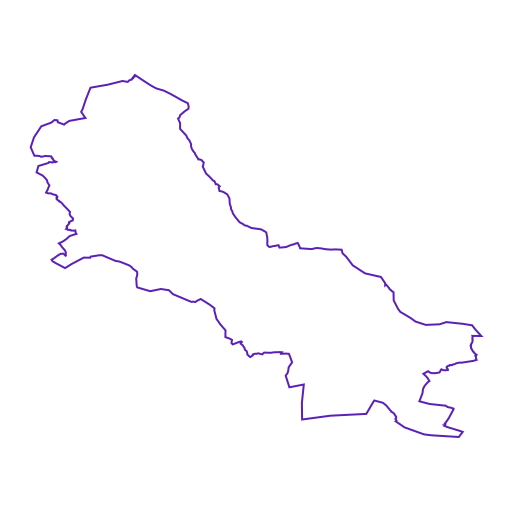 outline of Seljord nor, Telemark, Norway
{"feature_id": "86288312B68880560441515", "entity_name": "Seljord nor", "entity_type": "district", "adm_level": 2, "iso_a3": "NOR", "parent_name": "Norway", "parent_adm1": "Telemark", "projection": "natural_earth1", "projection_center": [8.516, 59.573], "detail": "fine", "context": "isolated", "style": "outline", "palette": "violet", "viewbox_px": 512, "rotation_deg": 0, "n_neighbors": 0, "source": "geoboundaries", "source_scale": "gbopen_adm2", "svg_char_len": 5891}
<svg xmlns="http://www.w3.org/2000/svg" viewBox="0 0 512 512"><path d="M462.7,323.8L446.3,322.1L439.6,324.3L425.8,324.9L415.6,321.6L410.6,318.0L400.3,311.9L398.0,308.8L393.7,300.4L393.5,292.1L391.7,291.0L390.6,289.8L389.7,289.3L389.7,289.1L388.4,287.2L386.2,284.7L385.6,284.9L385.2,285.3L385.1,283.1L381.0,277.0L365.1,273.4L352.7,265.3L346.1,256.6L342.6,253.4L341.6,249.7L335.6,249.4L330.7,249.6L325.7,249.2L320.5,248.3L317.0,248.0L314.8,248.3L311.8,249.1L300.1,248.3L299.8,247.2L297.8,243.0L295.7,243.5L293.1,244.6L292.0,244.6L285.9,247.1L279.5,247.6L278.5,245.2L274.5,246.0L272.9,246.2L270.3,246.9L269.6,247.0L268.8,246.6L267.4,245.2L267.2,242.7L267.5,241.4L267.3,240.4L267.4,239.1L267.2,237.3L266.3,232.7L265.4,231.7L260.9,229.3L251.4,228.0L246.7,225.7L245.9,225.7L244.6,225.3L242.9,224.0L240.4,222.7L239.5,222.1L235.3,217.0L232.8,213.3L232.3,211.3L231.1,209.3L230.9,207.0L230.5,206.1L229.9,204.1L229.6,202.1L229.6,199.8L229.3,198.1L227.3,194.4L224.3,192.5L222.1,191.5L219.5,191.0L218.7,187.5L218.7,187.2L219.7,186.3L217.4,184.3L215.7,184.2L215.2,182.6L214.3,181.0L213.2,180.7L209.4,176.6L206.1,173.6L202.7,166.5L203.2,165.3L203.7,162.3L202.5,161.3L201.5,160.0L199.2,159.3L198.5,159.5L195.2,154.2L195.0,153.3L193.2,151.1L191.7,148.6L191.0,145.9L191.1,144.2L189.4,140.4L187.6,138.5L186.3,135.6L180.1,128.9L180.1,123.0L179.1,121.0L178.1,118.5L179.5,117.4L180.1,115.2L184.7,111.3L188.4,108.8L188.7,106.4L187.8,103.2L182.0,100.4L170.3,93.8L163.8,90.6L156.5,88.5L153.0,86.7L149.1,84.4L134.9,75.0L134.2,75.8L134.4,76.2L134.8,76.4L134.5,76.8L133.1,77.2L132.6,78.0L132.8,78.3L132.5,78.4L132.5,78.7L131.6,79.1L131.6,79.6L129.4,80.3L127.7,81.9L122.5,81.0L107.7,84.7L90.5,87.7L85.8,99.5L82.6,109.2L81.2,111.9L85.4,118.0L69.3,120.9L65.0,123.7L64.1,124.6L57.8,122.2L57.5,120.3L54.5,120.0L51.3,122.6L41.3,126.3L34.0,137.3L30.7,147.3L34.0,154.9L34.5,155.8L36.9,155.7L39.7,156.1L41.2,156.8L41.8,156.6L43.0,156.5L45.5,155.9L46.5,156.1L48.4,156.1L51.3,156.4L51.5,156.6L51.5,157.0L51.7,157.3L51.7,157.8L52.0,158.2L52.6,158.4L52.6,158.9L53.3,159.4L53.4,160.1L53.6,160.5L54.6,161.0L55.0,161.6L55.8,161.6L56.3,161.8L55.9,162.1L53.0,162.2L52.1,162.5L51.6,162.3L49.0,162.1L48.3,163.0L38.4,166.0L36.6,172.4L42.6,175.5L45.3,178.2L47.0,180.3L47.5,182.5L49.4,185.4L48.1,188.3L47.7,189.8L47.3,190.2L46.1,192.6L48.4,193.4L50.7,193.3L53.3,194.5L55.4,194.9L56.3,195.3L56.6,196.0L57.1,196.3L57.3,196.7L57.0,197.0L57.3,197.1L57.3,197.3L57.0,197.4L56.9,197.8L56.7,198.1L56.8,198.4L56.6,198.6L56.6,199.1L58.1,200.4L59.3,200.9L59.3,201.5L61.3,202.5L64.1,205.8L66.7,208.4L70.0,211.9L69.6,213.8L70.2,215.7L73.0,218.5L72.8,218.8L72.9,220.1L72.7,220.5L71.2,220.9L71.0,221.2L70.0,221.7L69.3,221.8L68.9,222.7L69.2,223.3L68.8,223.6L68.7,224.2L67.7,225.2L67.5,225.7L67.0,225.9L67.0,226.2L66.7,226.6L66.6,226.8L67.0,227.3L66.7,227.8L66.9,228.2L66.3,228.9L67.1,229.0L67.4,229.6L69.0,229.9L69.6,229.8L70.5,230.0L70.6,230.4L73.8,230.7L75.3,230.4L75.8,233.1L76.4,233.9L70.0,235.9L69.0,236.6L66.7,238.8L63.6,241.0L62.6,241.6L58.9,243.4L60.5,244.8L62.1,247.2L64.9,250.3L65.9,252.5L65.7,253.8L65.8,255.4L66.1,256.3L63.5,253.7L60.6,253.8L57.6,255.6L53.4,258.7L51.6,259.7L52.5,261.2L55.5,263.0L65.1,268.1L71.8,263.9L83.8,257.6L90.2,257.7L90.7,256.6L98.8,255.3L102.1,255.2L115.7,261.0L118.4,261.3L121.2,262.2L129.2,265.4L131.5,267.0L132.9,268.7L136.8,271.5L137.1,271.9L137.3,274.3L136.9,276.3L136.2,278.5L136.7,285.7L137.0,286.9L137.3,287.4L150.2,291.2L160.9,289.0L168.9,290.2L173.0,294.2L191.4,301.9L193.3,301.6L195.1,302.1L197.6,300.5L200.7,299.0L209.6,304.6L214.5,308.3L214.3,310.4L216.5,318.9L220.5,324.6L225.5,330.3L225.4,337.1L229.4,338.5L232.0,339.9L231.5,343.1L232.8,344.4L238.9,342.0L241.1,341.4L241.8,342.0L241.1,342.5L240.6,343.6L242.8,345.4L244.7,348.4L244.8,349.6L246.6,351.1L247.2,352.8L247.4,354.6L250.2,357.1L252.8,355.4L252.8,354.9L253.1,354.6L253.0,354.4L255.0,353.7L256.2,353.9L256.7,353.7L258.4,353.3L260.8,354.1L262.5,354.3L262.9,353.6L264.2,352.6L270.6,352.8L274.0,352.3L279.9,352.1L282.0,352.3L281.7,352.8L280.8,353.4L280.8,353.8L285.5,353.6L288.9,353.8L290.1,356.8L292.1,362.4L288.7,367.2L288.2,370.8L287.7,372.8L285.7,375.7L289.4,387.3L303.8,384.5L301.9,402.8L302.1,419.5L330.4,415.7L366.3,413.9L373.5,401.6L374.3,400.5L382.9,402.8L386.2,405.4L390.4,410.5L390.9,410.9L391.3,411.8L392.1,412.1L393.6,413.1L394.4,414.1L394.6,414.6L395.1,415.3L395.2,415.7L396.0,416.4L396.3,417.5L396.1,418.0L395.4,418.9L395.6,419.3L396.2,419.9L396.5,420.5L396.5,421.1L396.3,421.4L396.0,421.5L404.6,427.4L424.1,434.4L431.5,435.3L458.8,437.0L462.7,431.9L460.2,431.0L447.4,427.1L444.7,426.0L444.8,425.9L444.8,425.6L444.2,425.2L445.2,425.0L445.2,424.4L445.4,424.0L445.0,423.6L445.4,423.4L445.6,422.8L445.5,422.6L446.5,421.5L448.8,418.1L453.5,409.4L453.7,409.0L453.4,408.5L452.4,408.4L452.1,408.1L450.9,407.7L447.7,407.1L445.7,405.7L429.7,404.0L419.4,401.3L422.5,393.2L422.8,390.6L423.2,388.4L424.1,387.1L424.3,386.3L425.5,384.8L427.9,382.1L429.4,381.1L427.7,378.2L426.2,376.4L423.4,373.8L428.1,371.2L430.1,372.7L431.8,373.1L435.0,373.2L439.4,372.5L440.0,371.7L441.0,369.6L441.5,369.3L442.8,370.1L445.9,370.3L447.9,370.0L447.7,369.0L446.6,367.7L446.6,367.3L446.7,367.1L446.9,367.1L447.2,366.4L448.3,365.8L449.4,365.7L449.6,365.2L449.8,365.0L451.9,365.2L452.1,365.1L452.1,364.8L454.8,364.0L455.8,363.5L457.1,363.1L458.8,362.7L461.4,362.7L473.2,360.9L476.6,359.9L476.0,358.3L475.8,357.1L475.9,356.5L475.4,355.9L476.4,355.2L476.6,354.9L475.7,354.3L475.5,353.9L474.7,353.4L473.5,352.0L473.5,351.7L472.9,351.4L472.2,349.9L471.8,349.5L471.7,349.1L471.2,348.4L471.1,348.2L471.3,348.0L471.0,347.1L471.0,346.5L470.7,346.0L471.0,345.8L471.1,345.6L470.9,345.2L471.0,344.8L470.9,344.3L471.7,343.5L471.9,342.7L472.4,342.0L472.4,341.6L472.6,341.2L472.6,340.3L472.4,340.0L472.7,339.3L472.4,338.7L472.4,337.6L472.4,337.1L472.7,336.9L472.8,336.3L472.6,335.9L481.3,336.0L475.7,329.9L472.1,325.3L462.7,323.8Z" fill="none" stroke="#5b21b6" stroke-width="2"/></svg>